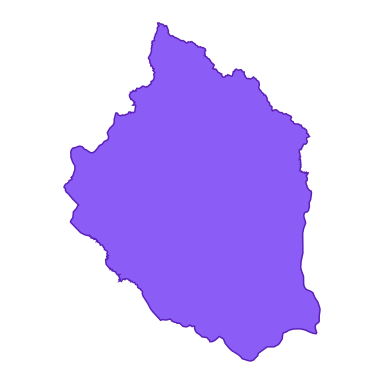 Viengthong, Bolikhamxai, Laos (orthographic projection)
{"feature_id": "54806243B87134843513913", "entity_name": "Viengthong", "entity_type": "district", "adm_level": 2, "iso_a3": "LAO", "parent_name": "Laos", "parent_adm1": "Bolikhamxai", "projection": "orthographic", "projection_center": [104.389, 18.699], "detail": "fine", "context": "isolated", "style": "filled", "palette": "violet", "viewbox_px": 384, "rotation_deg": 0, "n_neighbors": 0, "source": "geoboundaries", "source_scale": "gbopen_adm2", "svg_char_len": 5914}
<svg xmlns="http://www.w3.org/2000/svg" viewBox="0 0 384 384"><path d="M119.4,281.1L120.2,280.8L121.4,281.4L122.6,279.4L123.8,279.0L124.9,279.7L125.2,279.5L125.1,279.0L126.1,278.6L128.4,279.3L129.2,280.5L130.2,280.4L130.8,281.8L132.0,281.4L133.4,282.6L134.8,282.6L135.6,284.4L137.3,284.8L137.8,287.4L139.2,288.5L140.4,288.7L140.5,289.5L142.3,291.3L142.6,292.0L142.2,293.5L143.1,296.2L147.9,303.7L150.5,308.7L152.9,311.9L160.6,320.3L162.4,319.6L166.2,320.0L170.3,319.0L171.5,320.1L171.5,320.7L173.9,322.0L176.1,322.5L177.0,323.2L179.9,323.3L183.0,326.4L186.4,326.9L189.0,325.8L189.8,325.0L192.1,326.6L194.1,326.1L194.7,326.9L194.6,328.6L195.5,331.1L196.8,332.8L199.6,334.5L202.1,336.9L206.8,337.5L209.5,340.5L209.9,341.7L212.2,341.6L213.4,341.1L215.5,339.9L219.3,336.5L223.5,339.0L225.3,343.5L229.4,348.4L232.2,350.9L238.6,354.8L241.0,357.0L242.2,358.7L248.3,360.6L250.7,361.0L253.4,360.1L257.8,355.6L258.2,353.4L267.1,346.9L274.1,346.8L277.6,345.0L279.3,343.6L282.2,338.9L282.8,333.8L283.5,332.9L286.3,331.9L289.2,330.1L293.5,329.0L300.4,328.8L305.6,330.1L308.6,331.6L312.7,333.1L316.0,333.8L316.7,332.6L315.4,328.6L315.2,326.1L315.9,324.4L318.6,322.4L319.2,321.3L319.2,316.0L320.0,309.9L319.8,308.2L318.0,302.4L314.8,297.5L312.9,292.7L310.7,291.3L306.3,289.5L304.7,287.6L303.7,284.8L303.5,276.2L301.4,270.5L300.7,267.4L301.1,261.3L302.9,253.0L302.7,233.0L303.7,228.3L305.7,222.8L304.0,217.3L303.8,215.2L304.2,213.6L305.2,212.3L307.4,211.8L308.5,210.3L309.4,206.7L309.2,202.6L310.6,199.7L311.5,193.0L311.1,191.1L309.5,190.3L307.8,188.4L305.8,182.7L306.1,181.3L307.1,180.5L307.3,178.2L306.2,175.9L307.9,173.7L307.6,173.5L307.9,172.8L306.6,173.0L306.2,172.2L305.2,173.2L304.4,172.9L304.2,172.2L303.1,172.6L301.6,171.3L301.3,171.7L300.7,171.1L300.2,171.1L300.0,170.7L300.4,167.5L301.0,166.9L300.5,166.4L301.0,164.6L300.3,164.1L300.7,163.5L300.4,162.8L300.7,162.4L300.4,159.5L299.6,159.5L300.2,158.9L299.6,157.5L300.6,156.7L300.0,155.6L299.8,153.3L299.1,152.0L299.3,150.2L299.9,150.1L300.2,149.3L300.9,149.5L301.6,148.9L302.0,147.0L302.7,146.6L302.6,145.8L304.0,144.0L305.4,144.2L306.7,143.1L307.3,141.5L306.6,139.9L306.6,137.8L309.5,136.5L308.4,135.1L308.2,134.1L306.5,133.1L307.0,132.1L306.5,130.2L305.3,129.1L304.8,129.0L304.5,128.4L302.3,127.7L301.3,125.3L300.2,125.3L299.7,124.6L298.1,124.0L295.1,123.9L293.8,123.4L293.2,121.8L291.8,121.1L290.5,119.6L291.5,117.2L290.9,116.2L287.2,114.5L286.4,113.8L283.5,114.1L282.1,112.6L280.0,112.5L278.5,111.8L277.8,110.8L276.1,109.8L275.3,109.7L274.1,110.4L273.4,110.2L272.4,110.9L271.9,109.9L271.9,106.6L269.7,105.1L269.5,102.9L267.4,100.8L266.9,97.7L265.9,95.8L265.3,95.0L263.9,95.0L263.7,93.9L261.5,92.1L260.6,90.4L259.5,89.6L258.7,87.6L259.4,84.6L258.7,81.6L256.1,79.7L256.0,78.9L254.8,78.3L253.7,77.2L253.3,77.0L252.3,78.1L250.0,79.2L248.8,78.4L247.1,78.7L246.1,77.7L244.2,74.2L244.2,72.0L242.9,71.9L241.1,69.7L237.9,70.2L236.3,69.1L235.1,69.7L234.5,71.5L233.7,71.3L233.3,71.6L232.7,74.9L231.9,76.2L231.2,76.2L227.8,74.7L227.3,75.6L225.9,75.6L224.7,77.1L222.6,77.0L221.6,75.0L221.7,74.0L220.4,73.8L219.8,73.0L218.2,72.4L216.0,69.2L214.7,68.9L214.2,69.3L212.8,68.7L214.2,65.0L213.1,64.3L213.0,63.6L211.8,63.1L209.2,59.0L208.3,58.7L206.5,56.9L204.5,55.7L205.1,55.3L205.2,54.6L204.6,53.5L204.9,52.9L204.6,51.9L205.7,50.5L205.2,48.9L203.4,47.8L201.2,47.4L200.5,46.8L198.1,47.1L197.6,46.0L196.1,45.3L194.7,43.6L193.6,43.2L191.8,41.6L190.1,42.0L188.2,41.9L186.8,43.0L185.6,42.7L184.9,41.6L184.0,41.1L182.8,40.5L180.8,40.8L180.4,40.2L177.7,38.6L173.4,36.7L172.9,35.9L170.9,35.9L170.1,35.5L168.2,32.9L168.5,31.0L166.6,25.9L166.0,25.6L164.4,26.4L163.7,25.1L162.7,24.3L160.5,24.0L159.1,23.0L157.7,23.0L158.0,24.7L159.0,26.0L158.2,26.4L157.3,27.8L157.3,30.6L156.2,33.3L155.4,34.3L155.2,35.8L154.4,37.5L154.1,40.0L154.4,40.6L153.3,41.1L152.4,41.0L152.1,41.5L152.2,42.5L151.8,43.1L152.5,44.6L151.7,45.8L151.9,47.1L151.3,48.2L151.5,50.8L150.6,53.9L148.5,57.6L148.6,58.7L149.8,60.3L149.9,62.8L151.0,64.5L150.7,65.9L152.0,66.2L152.5,67.0L152.8,68.4L154.1,68.9L152.9,70.4L154.9,72.5L153.7,74.2L154.3,77.1L154.1,78.2L153.0,80.5L151.0,81.6L151.3,83.7L149.5,84.7L148.8,85.9L148.2,86.0L147.5,86.7L146.7,86.6L146.2,87.1L145.3,87.1L143.8,86.2L142.3,86.3L139.7,88.4L136.8,88.4L136.6,89.2L135.5,90.2L135.9,91.0L134.2,91.3L133.1,90.5L131.9,92.1L130.4,92.3L130.4,93.5L129.4,94.9L129.7,97.2L130.3,97.8L130.8,99.4L131.8,99.2L132.5,100.5L133.8,101.3L133.8,102.0L134.6,102.0L134.9,102.7L132.9,105.1L135.0,105.0L135.7,105.5L134.7,112.0L133.1,112.6L131.9,112.3L130.6,113.2L130.3,112.0L128.9,112.0L127.9,114.0L125.7,114.5L124.9,115.3L122.7,114.9L121.1,115.7L118.2,115.1L117.8,113.5L116.6,112.9L115.8,113.1L114.3,118.9L114.1,123.0L113.1,125.0L109.8,128.3L107.3,132.7L108.6,136.8L108.3,138.8L106.8,140.4L104.3,141.4L102.1,144.3L99.4,145.5L97.5,148.3L94.6,151.6L92.3,152.8L90.4,152.6L86.0,149.7L84.7,149.4L82.5,146.9L80.6,146.3L79.0,146.2L74.4,147.9L73.2,147.9L71.6,149.5L70.8,151.9L71.0,157.5L72.8,162.3L74.9,165.8L74.9,169.6L72.9,175.7L71.1,177.6L71.9,178.1L71.8,179.5L69.2,180.5L68.6,182.2L67.4,183.3L65.5,184.2L64.0,186.9L64.3,187.7L65.5,188.6L65.4,190.2L66.4,192.3L68.0,193.4L72.7,199.1L78.6,205.0L77.8,205.5L76.5,208.4L73.4,211.8L72.9,217.5L70.7,220.9L70.5,222.2L80.6,232.6L84.5,234.7L88.3,235.6L89.6,235.3L89.6,236.2L91.3,237.0L91.0,237.8L92.2,238.3L93.6,238.1L93.9,239.1L94.6,238.6L94.8,239.3L96.3,239.3L96.7,240.3L96.4,241.5L97.7,241.0L97.7,242.1L99.8,243.1L100.3,245.1L101.6,244.9L102.6,245.3L103.4,247.2L104.3,247.8L104.4,249.4L107.2,251.2L107.5,252.3L106.8,253.9L107.3,254.4L107.4,255.4L108.0,255.6L106.6,256.3L107.0,257.3L107.6,257.2L108.1,257.8L107.2,258.3L107.4,259.2L106.0,259.1L105.6,259.8L106.2,264.4L109.5,268.3L110.4,267.7L109.8,268.7L110.2,269.6L111.9,269.3L112.4,269.8L112.1,270.7L115.8,272.0L116.0,273.0L117.2,274.6L119.3,274.6L118.1,275.3L119.2,276.8L119.4,278.2L120.1,278.8L120.1,279.4L119.0,279.8L119.6,280.8L119.4,281.1Z" fill="#8b5cf6" stroke="#5b21b6" stroke-width="1.5"/></svg>